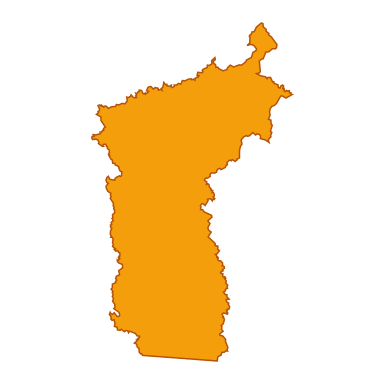 Altamira, Pará, Brazil
{"feature_id": "56859067B40794450496810", "entity_name": "Altamira", "entity_type": "district", "adm_level": 2, "iso_a3": "BRA", "parent_name": "Brazil", "parent_adm1": "Pará", "projection": "mercator", "projection_center": [-53.684, -6.317], "detail": "fine", "context": "isolated", "style": "filled", "palette": "amber", "viewbox_px": 384, "rotation_deg": 0, "n_neighbors": 0, "source": "geoboundaries", "source_scale": "gbopen_adm2", "svg_char_len": 5966}
<svg xmlns="http://www.w3.org/2000/svg" viewBox="0 0 384 384"><path d="M276.5,47.7L276.9,44.5L271.4,37.0L268.5,34.7L268.9,33.4L266.0,31.2L266.2,29.5L263.3,26.9L262.9,23.5L261.3,23.0L256.4,27.1L254.2,31.7L252.0,31.9L251.0,34.7L250.0,34.9L249.3,36.4L250.0,37.5L249.7,43.0L247.1,45.5L250.7,44.4L253.8,45.4L256.5,48.9L256.1,50.5L252.9,52.5L251.4,57.5L246.5,60.0L246.1,61.5L241.6,65.1L239.2,64.9L233.5,67.0L230.3,65.1L227.4,67.9L226.9,69.6L223.0,70.8L218.9,68.7L217.8,67.2L216.0,67.4L215.5,64.4L213.7,63.7L213.4,61.2L215.3,59.7L214.9,57.6L211.6,60.7L212.0,63.5L211.4,64.2L209.0,65.5L207.4,65.1L207.1,67.6L203.4,69.1L202.2,70.4L202.9,71.5L202.3,72.7L197.8,72.3L197.0,75.6L199.0,75.6L198.4,76.9L195.2,78.2L194.8,80.3L193.6,79.1L191.8,79.8L191.2,78.8L188.3,79.2L184.9,80.9L182.4,80.5L180.8,84.2L178.3,83.4L176.4,85.2L174.2,85.0L174.2,86.4L172.3,87.6L171.0,86.6L171.3,85.2L169.0,86.3L166.7,85.7L166.9,84.4L165.4,84.5L163.8,82.4L162.8,87.5L161.2,88.5L161.8,90.0L161.0,89.4L158.4,90.1L158.2,88.3L155.2,87.5L153.3,89.1L150.9,86.5L149.1,86.7L147.8,87.7L146.5,90.7L148.6,91.5L145.7,94.1L145.2,93.0L144.2,94.0L142.9,93.3L141.6,90.5L139.3,90.1L139.1,91.7L138.4,91.5L137.0,93.5L135.7,93.1L136.6,95.1L135.6,95.9L136.6,97.4L136.1,97.8L133.3,97.5L131.1,94.8L130.4,96.4L128.4,97.5L126.7,97.1L127.3,100.9L125.0,103.8L122.0,103.4L119.0,104.9L116.4,104.5L115.3,106.6L111.9,106.6L108.4,108.4L106.0,106.0L104.1,106.3L103.8,107.2L101.5,105.2L101.1,106.1L99.9,104.9L98.0,105.5L99.6,109.2L99.0,111.0L98.0,111.5L98.5,112.6L96.4,114.4L100.8,116.8L101.0,120.6L105.4,127.1L103.6,128.4L103.6,130.5L102.8,130.2L100.8,132.6L100.2,132.2L100.4,133.7L95.8,134.9L93.2,134.6L94.1,136.4L92.1,136.4L91.8,138.1L92.8,139.6L95.4,139.1L97.7,139.8L98.9,142.2L98.4,143.5L102.5,146.5L103.6,146.3L102.9,145.5L103.4,144.4L105.6,144.2L106.6,146.5L107.3,146.5L107.5,148.6L109.2,150.0L109.4,152.7L108.6,153.5L109.5,155.3L108.8,155.3L111.0,159.3L112.3,160.0L112.7,163.2L115.0,163.5L115.2,164.9L118.6,166.5L119.3,169.6L120.5,171.4L121.9,171.8L121.5,175.4L120.7,176.5L119.5,175.8L116.4,177.3L115.1,178.4L114.8,180.2L109.8,179.3L108.3,176.3L106.9,177.5L106.0,180.2L106.8,182.4L108.3,183.3L106.1,186.0L106.2,188.0L107.8,191.3L110.9,193.4L110.4,195.1L111.1,196.7L110.2,198.3L113.4,203.2L113.2,206.0L114.3,207.2L113.6,208.9L114.6,210.1L114.6,212.8L112.5,214.8L112.8,218.0L112.0,218.4L113.3,220.6L111.2,222.5L111.7,224.7L110.4,225.1L110.7,227.5L111.8,228.4L110.5,231.0L110.3,234.4L111.2,235.6L110.7,237.2L112.3,237.3L113.1,238.8L112.5,242.9L113.4,244.2L112.5,246.4L115.6,248.9L114.2,249.4L115.7,251.1L117.8,250.9L118.6,252.5L119.8,252.9L119.9,256.0L118.9,256.3L119.6,258.3L118.6,257.9L119.1,259.4L118.3,260.4L117.3,259.8L117.4,261.5L119.1,263.2L122.3,264.4L122.7,267.7L118.7,270.7L119.6,274.7L116.3,276.3L115.7,278.7L116.7,280.1L115.5,281.5L115.7,282.7L112.4,284.1L112.3,287.9L111.1,289.1L113.0,291.4L112.2,292.6L113.2,294.7L112.3,296.4L113.5,298.4L112.6,301.2L114.7,304.1L115.0,307.5L113.8,308.5L118.9,312.3L119.8,315.1L118.8,316.5L117.1,316.4L114.2,312.7L112.6,314.3L111.0,313.7L110.2,312.3L109.4,314.6L111.2,316.8L110.9,319.1L112.0,320.3L114.1,319.8L115.0,323.6L114.4,326.4L117.1,327.3L117.5,329.9L120.2,330.3L121.3,329.3L124.5,331.7L125.9,330.6L127.9,330.8L128.5,332.8L129.8,331.2L135.5,333.5L137.0,335.8L139.5,336.2L139.5,337.5L137.7,338.5L138.3,339.5L136.4,339.9L136.9,341.0L134.4,343.1L136.6,344.1L137.2,346.9L139.0,348.7L139.2,352.1L140.5,353.8L141.6,353.7L142.6,355.4L217.2,361.0L217.8,356.8L221.1,355.1L221.8,352.4L224.2,352.3L225.7,350.9L227.6,351.1L227.0,349.5L227.9,347.6L225.4,341.3L225.7,339.5L222.8,336.0L219.9,335.3L219.7,333.9L223.1,331.3L221.6,329.5L221.9,326.5L221.2,325.6L223.2,323.9L224.4,319.6L223.6,317.3L222.8,317.4L223.2,316.5L222.1,314.1L223.6,312.9L227.4,314.2L227.8,312.9L226.5,311.9L227.4,310.7L226.6,310.1L227.9,308.9L229.0,309.1L229.6,306.7L228.3,304.4L228.7,303.3L226.5,301.6L226.2,299.5L229.1,299.1L226.9,296.9L226.9,294.7L225.4,294.6L223.5,292.2L225.3,290.9L225.6,289.2L227.5,288.3L227.0,287.2L227.7,285.1L225.7,283.2L226.3,281.1L224.7,278.5L225.7,278.2L224.8,276.6L223.2,276.9L222.5,275.0L223.0,274.0L220.6,272.8L221.1,271.6L223.1,270.8L222.4,269.7L224.4,268.2L224.2,266.6L222.1,265.8L222.8,265.2L222.5,262.9L220.6,260.8L218.9,260.8L217.7,259.5L218.3,257.9L217.6,256.9L216.7,257.3L216.5,255.4L215.4,254.4L217.0,253.9L219.4,250.8L217.7,249.0L217.9,246.2L215.0,245.5L215.2,243.5L208.1,236.8L211.2,232.1L208.4,229.9L207.9,227.5L210.0,223.6L207.8,220.9L212.0,217.1L211.5,215.3L204.0,211.8L202.6,209.6L200.5,209.7L201.0,206.8L200.3,205.8L201.8,203.7L203.4,203.9L205.1,205.5L208.1,200.7L207.5,199.5L208.1,198.9L210.8,198.9L212.3,200.9L213.1,199.2L214.2,199.5L214.8,198.6L213.2,196.9L214.3,195.7L214.2,194.2L213.3,192.5L212.0,192.5L212.7,190.5L210.8,190.0L211.1,188.9L209.5,187.2L208.9,184.3L207.7,183.8L206.5,184.5L206.8,182.0L204.4,180.2L205.3,178.3L207.7,178.0L210.3,176.4L209.9,174.4L211.8,172.8L214.6,173.1L216.6,172.1L216.9,170.3L218.3,168.9L219.7,168.4L221.0,169.6L225.2,167.5L226.4,165.1L227.4,164.8L227.0,162.4L229.2,160.4L230.5,160.1L231.2,160.8L232.4,159.6L235.2,161.4L237.0,159.9L236.8,159.3L239.5,157.9L239.5,150.6L240.4,146.5L242.0,144.0L241.1,140.1L243.5,137.0L246.1,135.7L247.6,136.3L249.5,135.7L252.9,132.5L255.5,135.0L257.1,133.8L259.5,134.5L260.6,136.1L260.3,138.6L265.3,139.9L269.0,142.4L268.4,140.6L269.1,138.4L270.9,137.0L270.6,135.6L271.8,132.4L270.4,131.2L272.3,125.2L271.1,124.1L270.9,120.1L268.5,119.3L270.1,115.0L269.5,111.8L270.3,108.5L271.9,106.3L274.1,105.6L276.5,103.5L280.7,96.0L282.8,96.1L285.9,98.1L292.2,94.5L291.2,94.2L290.9,92.8L289.5,92.9L289.3,90.7L287.5,91.1L286.6,90.4L285.2,91.6L284.4,91.1L284.1,88.6L283.4,89.1L282.8,88.5L283.6,85.9L282.6,85.0L280.7,86.1L280.0,88.0L278.4,87.5L278.0,84.8L274.2,83.4L273.8,81.7L272.6,81.9L270.5,77.4L268.2,77.4L267.1,78.7L265.6,76.8L260.4,75.7L256.5,73.6L259.5,72.9L260.3,71.7L259.3,61.0L261.5,59.1L263.1,58.9L265.9,52.0L268.8,51.8L272.5,48.7L275.4,48.8L276.5,47.7Z" fill="#f59e0b" stroke="#b45309" stroke-width="1.5"/></svg>